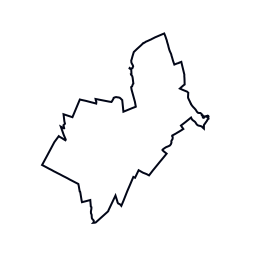 the district of Sagu, Arad, Romania, rotated 281°
{"feature_id": "2599482B52260231187564", "entity_name": "Sagu", "entity_type": "district", "adm_level": 2, "iso_a3": "ROU", "parent_name": "Romania", "parent_adm1": "Arad", "projection": "mercator", "projection_center": [21.357, 46.043], "detail": "fine", "context": "isolated", "style": "outline", "palette": "ink", "viewbox_px": 256, "rotation_deg": 281, "n_neighbors": 0, "source": "geoboundaries", "source_scale": "gbopen_adm2", "svg_char_len": 5088}
<svg xmlns="http://www.w3.org/2000/svg" viewBox="0 0 256 256"><g transform="rotate(281 128 128)"><path d="M203.1,167.7L202.0,166.0L202.0,165.9L201.8,165.8L201.6,165.6L201.0,164.5L200.8,164.0L200.6,163.7L200.3,163.2L199.1,161.4L202.5,159.4L204.1,158.6L204.5,158.4L205.5,157.9L206.6,157.3L207.1,157.0L208.5,156.4L209.3,155.9L210.8,154.8L211.4,154.4L212.4,153.8L212.7,153.6L214.3,152.8L215.5,152.2L216.9,151.6L218.2,150.9L220.1,149.9L221.7,149.2L222.8,148.5L223.9,147.9L225.6,146.9L227.7,145.5L226.5,143.7L224.4,140.6L222.7,138.1L222.4,137.6L220.6,135.3L220.4,135.0L219.0,133.3L218.8,132.9L218.5,132.5L217.2,130.7L216.6,129.8L216.0,128.9L215.6,128.6L214.2,127.1L213.9,126.7L214.0,126.6L211.9,125.2L207.1,121.6L203.7,119.2L201.8,119.0L199.1,118.7L196.1,118.5L194.9,118.3L193.0,118.8L192.1,119.4L190.3,120.9L189.5,121.3L187.5,120.9L187.1,120.0L187.0,119.6L186.8,119.2L186.9,118.8L187.2,118.2L186.8,118.1L186.6,118.5L186.4,119.1L186.1,120.0L181.7,121.1L181.4,120.6L181.0,120.8L179.7,122.3L178.1,123.0L172.9,124.7L172.6,124.8L172.0,124.4L170.8,124.2L169.7,124.1L168.8,123.4L168.7,123.3L166.3,124.2L155.0,129.8L150.4,131.6L150.1,131.2L148.5,128.6L143.1,120.4L148.7,118.7L154.3,117.0L154.9,116.1L155.5,115.2L156.1,114.1L156.2,113.0L156.1,111.7L156.1,110.4L155.5,109.1L155.2,108.7L154.9,108.2L154.3,108.2L151.8,107.4L150.4,106.8L150.3,104.6L150.3,99.2L150.3,94.9L150.3,90.6L148.6,91.3L147.9,91.8L147.4,92.0L145.9,92.1L146.0,91.0L146.3,86.1L146.6,81.4L146.7,76.9L146.8,75.3L128.0,71.4L129.2,62.1L122.3,64.3L120.2,65.3L118.4,64.1L115.6,65.4L115.4,65.2L116.5,61.8L109.0,66.2L104.9,69.0L104.6,69.1L104.0,68.9L104.6,67.2L105.5,65.0L106.4,62.3L106.8,61.6L100.1,58.4L88.7,54.9L87.8,54.6L87.7,54.6L78.4,51.7L75.3,50.7L74.0,55.0L73.3,57.2L72.7,59.1L72.7,59.3L72.2,61.0L71.3,63.7L70.9,65.2L70.3,67.2L69.5,70.1L68.5,73.3L67.8,75.8L67.1,78.2L66.3,80.6L65.6,83.0L64.3,87.4L63.6,89.9L61.5,90.8L59.9,91.4L56.5,92.7L56.4,93.1L55.3,93.6L53.1,94.4L48.5,96.1L46.4,97.0L48.0,100.4L50.1,104.7L43.8,106.5L43.3,107.2L42.2,107.4L40.8,107.5L39.1,107.5L37.3,107.9L36.0,108.8L35.3,109.0L34.1,109.3L32.7,109.7L31.8,110.4L30.9,111.7L30.4,112.1L28.8,112.3L28.3,112.0L28.7,113.5L29.2,114.4L41.5,123.7L42.2,124.2L42.8,124.5L43.3,124.5L57.7,128.2L59.3,128.6L54.4,131.3L53.1,131.9L52.4,132.4L52.0,132.9L51.6,134.6L51.2,135.2L50.3,136.3L55.5,137.4L66.2,139.4L72.1,140.7L81.0,142.6L80.5,144.4L88.6,146.5L87.0,151.2L86.3,155.0L85.5,157.7L91.3,160.6L93.5,161.8L100.6,165.6L103.7,167.3L107.0,169.1L110.2,170.8L111.9,167.5L112.8,166.1L113.1,166.0L113.5,166.3L113.9,166.5L115.4,167.9L116.0,168.6L116.7,169.3L117.1,170.1L118.3,171.8L118.9,172.5L120.3,173.2L121.5,173.4L121.9,173.4L122.2,173.4L122.6,173.2L123.2,173.1L123.8,173.1L124.5,173.4L125.5,173.8L126.4,173.8L127.6,173.6L128.2,173.3L128.4,172.9L128.7,172.8L129.1,172.9L130.7,174.9L135.5,180.3L137.6,182.5L140.5,179.5L144.9,183.4L147.3,185.4L150.3,187.9L149.6,188.4L149.1,188.8L148.6,189.3L148.1,189.9L147.8,190.6L147.3,191.7L146.7,192.8L145.9,193.6L145.0,194.4L144.5,195.0L144.0,195.9L143.8,197.0L143.8,198.1L143.7,199.3L143.4,200.4L142.8,201.1L141.9,202.6L145.1,202.0L145.3,202.0L145.5,202.0L145.8,202.1L146.2,202.3L146.4,202.4L146.6,202.5L147.1,202.8L147.4,202.9L147.6,203.0L147.8,203.0L148.0,203.1L148.3,203.3L148.5,203.4L149.1,203.6L149.6,203.9L149.8,204.0L150.5,204.2L150.9,204.3L151.2,204.5L151.6,204.6L151.9,204.8L152.2,205.0L152.4,205.2L152.5,205.3L152.8,205.2L153.1,205.0L153.1,204.9L153.3,204.8L153.4,204.6L153.5,204.5L153.6,204.3L153.7,204.1L153.7,203.9L153.8,203.9L153.9,204.0L154.0,204.2L154.0,204.3L154.2,204.5L154.3,204.6L154.3,204.8L154.5,204.9L154.8,204.8L154.9,204.7L155.0,204.6L155.2,204.4L155.2,204.2L155.3,204.0L155.3,203.9L155.3,203.7L155.1,203.5L155.0,203.4L154.7,203.3L154.7,203.2L154.7,202.8L154.7,202.7L154.4,202.5L154.4,202.4L154.4,202.2L154.1,201.9L153.9,201.7L154.0,201.4L154.1,201.2L153.9,201.0L153.8,200.9L153.7,200.7L153.3,200.6L153.1,200.7L152.8,200.7L152.6,200.6L152.5,200.3L152.4,200.1L152.5,199.9L152.5,199.7L152.9,199.4L153.0,199.3L153.1,199.2L153.4,199.1L153.5,199.2L153.5,199.3L154.1,199.4L154.3,199.3L154.5,199.0L154.7,198.9L154.7,198.7L154.5,198.4L154.6,198.2L154.8,198.3L155.0,198.2L155.7,197.7L155.8,197.5L155.8,197.4L155.9,197.2L156.0,197.1L156.1,196.9L156.2,196.7L156.4,196.5L156.4,196.4L156.4,196.2L156.5,196.1L156.3,194.8L156.2,194.0L156.6,193.4L156.7,193.1L157.3,192.4L157.6,192.1L158.3,191.5L158.6,191.2L159.0,190.8L159.3,190.4L159.4,190.2L159.5,190.1L160.0,189.5L160.2,189.2L160.6,188.6L160.7,188.4L160.9,188.2L161.2,187.8L161.8,187.0L162.4,186.4L162.6,186.2L162.9,185.8L163.1,185.6L163.3,185.5L163.4,185.3L163.7,185.2L164.0,185.1L164.1,184.9L164.4,184.7L164.5,184.5L165.5,183.9L165.7,183.7L166.0,183.5L166.3,183.3L167.0,182.7L167.4,182.4L168.3,181.8L168.6,181.5L169.4,181.2L169.5,181.1L170.6,180.9L170.8,180.9L174.8,180.3L174.7,180.3L174.7,180.0L174.8,179.8L174.8,179.5L174.9,179.2L175.2,177.9L175.8,174.8L176.2,173.1L176.6,171.4L178.8,173.0L180.7,174.5L181.5,175.3L185.6,174.4L188.1,173.8L189.5,173.4L191.2,173.1L192.3,172.6L195.4,171.2L199.1,169.5L201.3,168.5L203.1,167.7Z" fill="none" stroke="#020617" stroke-width="2"/></g></svg>